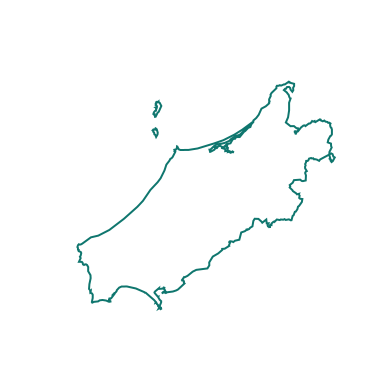 Rosslare Lea-5, Wexford, Ireland (Equal Earth projection), rotated 136°
{"feature_id": "5873133B47995310482599", "entity_name": "Rosslare Lea-5", "entity_type": "district", "adm_level": 2, "iso_a3": "IRL", "parent_name": "Ireland", "parent_adm1": "Wexford", "projection": "equal_earth", "projection_center": [-6.602, 52.227], "detail": "fine", "context": "isolated", "style": "outline", "palette": "teal", "viewbox_px": 384, "rotation_deg": 136, "n_neighbors": 0, "source": "geoboundaries", "source_scale": "gbopen_adm2", "svg_char_len": 6008}
<svg xmlns="http://www.w3.org/2000/svg" viewBox="0 0 384 384"><g transform="rotate(136 192 192)"><path d="M140.0,102.6L136.2,104.9L135.1,104.7L131.8,106.3L131.0,105.8L128.2,106.4L125.9,107.8L124.6,107.6L119.9,108.5L117.5,110.3L118.9,112.0L119.0,113.3L117.1,114.6L116.8,116.2L116.3,116.4L118.1,117.4L118.0,118.7L118.8,122.6L118.5,123.6L118.6,127.4L117.4,127.8L116.9,129.1L113.1,128.7L110.4,129.7L105.6,125.7L105.4,123.8L104.7,122.8L102.2,121.3L98.5,124.8L97.4,127.1L96.1,127.6L94.9,127.3L94.2,130.4L93.2,131.6L91.8,132.2L91.2,133.5L89.4,134.1L87.6,135.6L88.0,135.0L87.5,134.2L86.5,133.9L84.6,134.7L82.7,133.7L82.4,132.7L81.4,132.1L81.5,130.7L80.8,130.3L79.7,128.6L78.9,126.1L77.2,126.4L67.3,123.6L65.2,125.4L60.6,127.0L60.1,128.3L58.4,130.3L59.9,133.4L57.5,135.0L53.6,136.2L52.8,135.9L51.3,136.3L48.0,139.7L47.2,141.2L47.4,141.9L46.7,143.5L45.5,144.9L44.8,145.1L45.1,146.5L46.0,147.1L45.9,148.3L47.1,149.9L47.2,151.5L48.8,152.0L49.7,154.2L49.2,154.7L49.5,155.4L54.8,156.6L54.9,157.1L54.5,157.9L56.0,158.5L56.3,159.6L58.3,159.2L59.7,159.4L60.4,160.1L64.6,160.6L64.6,161.6L65.7,162.4L68.9,162.7L73.7,162.0L75.1,162.7L75.9,163.8L76.4,163.0L76.0,162.1L77.7,161.5L76.4,162.2L76.7,162.8L76.4,163.9L75.5,164.0L74.9,162.9L73.5,162.5L71.9,163.2L71.5,164.3L72.5,165.2L72.9,168.6L75.4,170.9L76.2,176.8L71.0,179.0L65.4,183.3L60.1,188.8L56.3,190.7L56.5,190.9L56.1,192.5L54.9,195.0L54.9,196.7L54.6,197.4L55.1,201.5L53.4,201.6L52.7,201.0L50.8,201.5L49.2,200.2L49.1,198.6L50.0,197.2L50.2,194.4L48.5,194.8L46.9,196.7L44.9,197.3L43.4,198.9L46.2,203.5L45.5,203.3L45.7,204.1L50.6,204.9L51.0,205.5L53.9,206.6L54.6,207.4L54.6,207.8L56.1,208.4L57.1,209.4L58.2,209.1L59.2,208.0L66.0,208.0L68.0,207.4L68.6,206.4L72.1,205.1L73.0,204.2L73.1,203.4L74.3,203.1L74.5,202.4L75.3,202.2L79.4,202.4L84.1,203.7L90.4,201.2L94.4,200.6L98.2,200.8L99.3,199.7L102.3,199.5L104.9,198.2L107.0,199.1L111.4,198.9L112.7,199.2L119.5,198.4L122.1,200.8L124.1,200.4L124.9,201.2L126.5,201.5L130.5,200.3L133.7,202.2L137.8,202.3L136.0,201.0L135.4,201.4L134.5,200.9L136.2,199.3L135.7,198.7L137.3,197.5L137.2,195.7L137.5,195.6L136.7,195.3L136.3,193.4L134.7,193.1L134.3,191.5L135.1,192.4L135.0,193.0L136.9,193.3L137.3,194.4L136.8,195.2L138.2,195.7L138.8,197.7L139.7,198.3L138.2,199.6L139.9,202.8L139.0,203.6L139.8,205.8L141.5,206.7L143.6,206.3L144.8,207.2L146.6,206.9L150.8,208.1L151.1,208.3L150.0,210.3L149.3,209.7L143.9,209.7L141.1,209.0L138.3,207.1L138.6,207.0L134.2,204.5L129.5,202.8L127.5,203.0L121.8,201.9L117.9,200.0L110.0,199.9L109.4,200.4L105.6,199.8L104.4,198.9L102.6,200.1L99.7,200.2L112.6,201.9L121.6,203.8L133.5,207.5L142.6,211.7L157.7,219.4L165.3,224.7L171.2,230.3L171.9,231.9L171.6,232.9L172.2,232.6L171.9,232.8L172.4,233.6L171.0,234.9L171.1,235.2L172.6,234.0L174.0,233.8L174.8,233.9L175.3,234.7L176.2,234.9L175.5,234.6L175.0,233.6L175.9,233.1L176.4,234.5L176.1,232.5L181.7,230.6L183.4,230.5L184.5,230.9L186.6,230.2L191.4,229.5L196.9,226.6L205.0,223.7L210.0,222.9L220.4,222.4L233.5,219.7L241.6,219.3L259.6,220.0L277.8,222.1L289.7,225.7L296.2,229.6L306.9,231.1L308.4,231.5L309.4,232.2L309.7,233.0L311.0,232.9L312.7,232.0L312.9,231.0L314.1,229.7L313.7,229.0L314.6,228.1L313.7,226.2L314.1,225.0L316.4,223.5L317.6,223.3L318.0,221.8L321.8,220.3L319.8,218.3L319.8,217.2L320.7,215.6L320.2,214.4L320.5,213.6L320.0,214.5L319.3,214.3L318.5,213.6L318.2,212.4L318.8,210.1L321.7,207.2L322.8,202.7L324.8,200.4L329.8,197.0L333.4,193.8L333.5,192.2L334.6,190.8L333.9,190.9L335.1,189.9L334.4,188.4L334.8,187.0L337.1,184.7L340.5,182.4L340.6,181.7L338.7,181.0L335.5,178.5L333.7,178.2L331.4,176.5L329.2,173.6L327.9,170.6L326.0,169.3L327.9,171.1L326.7,172.1L325.4,170.8L326.6,172.1L325.4,172.8L324.0,171.7L318.0,172.6L319.4,172.5L319.2,172.7L319.7,173.1L318.0,173.2L317.7,172.8L315.3,173.0L314.3,173.6L310.8,173.8L308.3,172.9L304.4,169.2L299.4,161.6L295.9,153.2L295.9,152.4L295.3,151.8L294.3,140.4L294.5,138.0L295.3,137.6L294.5,137.3L295.1,135.6L294.9,134.6L295.6,133.5L295.3,133.3L295.9,131.6L296.8,131.3L295.9,131.1L296.0,129.6L295.3,129.4L294.7,130.3L295.0,130.9L294.6,132.4L290.9,134.0L290.0,134.9L290.1,137.0L289.4,139.8L288.8,140.1L289.3,140.4L289.0,145.3L288.7,145.9L287.6,146.1L282.9,145.8L283.4,145.5L280.0,142.7L278.8,143.0L278.5,142.5L278.9,142.4L279.9,139.6L280.6,139.1L279.7,137.7L280.9,138.8L280.0,139.8L279.2,142.4L280.1,139.8L280.7,139.2L282.3,140.1L284.2,139.9L282.7,139.8L281.2,138.3L281.0,137.5L279.5,137.1L274.9,133.7L271.8,132.2L269.8,131.6L260.9,131.4L260.9,132.4L260.1,133.0L259.6,134.2L259.8,134.9L260.5,135.1L260.4,135.6L256.8,136.3L256.6,135.8L253.5,134.8L246.8,134.2L243.0,133.0L234.0,126.3L230.5,127.2L228.5,129.4L221.9,131.1L215.8,129.6L210.5,129.3L209.8,130.1L207.9,128.5L202.8,127.4L202.8,127.8L199.7,129.2L200.0,130.1L199.6,130.3L198.8,130.1L197.5,128.5L197.1,127.3L194.9,127.1L191.1,124.8L184.7,128.7L181.2,127.1L179.0,126.8L178.8,127.1L178.2,126.8L178.3,126.3L176.7,125.7L175.0,125.9L172.4,125.3L167.9,128.6L165.5,129.2L162.9,126.5L162.6,122.5L162.8,121.1L157.7,120.6L160.0,117.6L158.7,116.4L160.6,115.8L161.2,114.6L160.4,113.9L160.9,113.2L160.2,112.6L158.6,114.0L157.8,113.0L156.7,114.1L154.1,114.0L153.1,113.6L153.2,113.2L150.1,113.3L148.3,110.8L147.3,110.6L145.5,108.6L144.3,108.2L144.0,106.8L141.3,105.0L140.6,103.0L140.0,102.6ZM154.3,275.2L153.3,278.5L153.4,279.3L153.9,279.8L153.4,280.3L154.3,280.3L154.5,281.2L155.3,281.4L155.4,280.9L156.6,280.9L157.1,279.8L157.7,279.8L157.6,278.0L158.4,277.5L159.4,278.0L159.1,276.9L160.3,276.7L160.6,276.0L161.5,275.5L162.2,276.0L164.0,275.8L165.5,275.0L164.9,274.0L165.6,273.7L165.5,273.0L166.4,271.8L165.9,271.4L161.7,272.9L160.2,272.8L154.3,275.2ZM67.3,123.6L69.3,120.0L69.9,120.1L69.7,118.1L70.6,118.1L70.8,116.6L69.3,116.4L65.3,117.7L65.7,119.3L64.6,121.6L65.1,123.1L67.3,123.6ZM173.9,262.6L174.5,262.3L174.5,263.0L175.4,262.7L176.3,263.8L177.6,263.7L177.6,262.6L178.1,262.0L178.0,261.1L179.0,259.6L178.7,258.7L179.6,256.5L176.9,257.3L175.4,258.5L173.8,261.6L173.9,262.6ZM144.7,208.4L144.5,207.4L143.2,207.4L143.4,208.0L144.7,208.4Z" fill="none" stroke="#0f766e" stroke-width="2"/></g></svg>